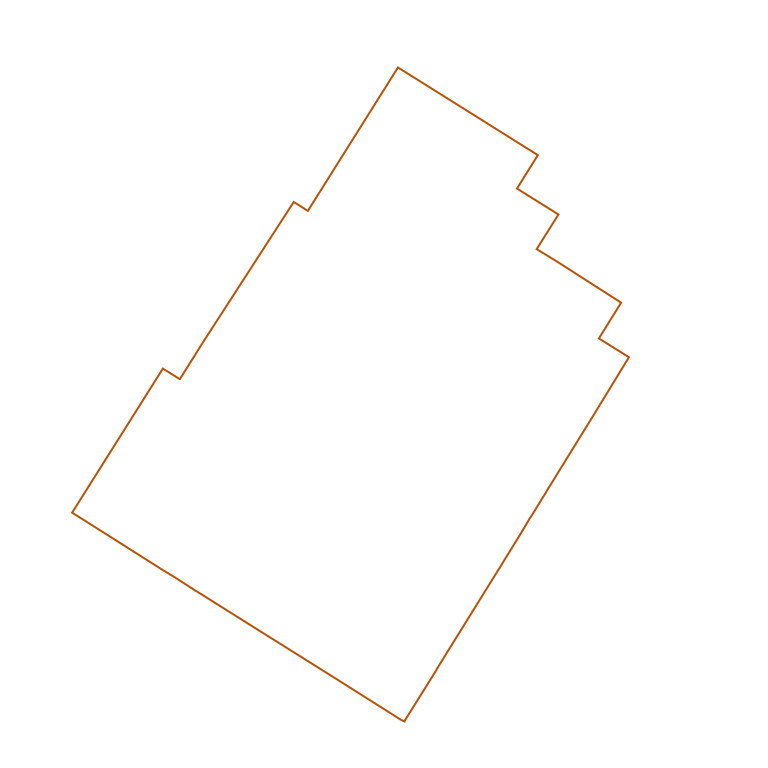 the district of Carter, Montana, United States of America, rotated 32°
{"feature_id": "52423323B60949778824186", "entity_name": "Carter", "entity_type": "district", "adm_level": 2, "iso_a3": "USA", "parent_name": "United States of America", "parent_adm1": "Montana", "projection": "robinson", "projection_center": [-104.408, 45.567], "detail": "fine", "context": "isolated", "style": "outline", "palette": "amber", "viewbox_px": 768, "rotation_deg": 32, "n_neighbors": 0, "source": "geoboundaries", "source_scale": "gbopen_adm2", "svg_char_len": 741}
<svg xmlns="http://www.w3.org/2000/svg" viewBox="0 0 768 768"><g transform="rotate(32 384 384)"><path d="M187.7,658.4L192.8,658.4L195.2,658.4L195.6,658.4L295.1,659.0L297.1,659.0L310.3,658.8L334.3,659.2L334.8,659.1L410.8,659.3L497.4,659.4L573.0,659.8L575.9,659.8L580.3,659.3L580.0,658.3L580.0,598.5L579.8,598.0L579.7,555.5L579.5,495.9L579.5,491.3L579.5,477.4L579.4,468.0L579.2,434.5L578.8,420.9L579.0,416.4L579.0,414.8L578.8,397.5L578.8,391.9L578.7,388.4L578.2,295.4L577.6,238.1L577.6,236.3L577.5,231.5L542.1,231.5L542.0,189.4L466.6,188.5L442.0,188.7L442.1,147.8L393.2,147.8L393.2,108.4L249.1,108.2L228.1,108.2L227.7,277.5L211.0,277.5L208.4,444.2L208.3,488.1L188.3,488.1L187.7,658.4Z" fill="none" stroke="#b45309" stroke-width="2"/></g></svg>